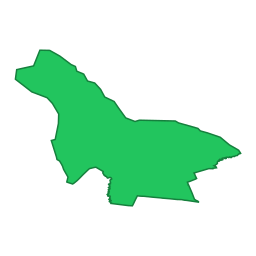 Lodes pag., Rujienas, Latvia (Equal Earth projection)
{"feature_id": "27541924B78787433075156", "entity_name": "Lodes pag.", "entity_type": "district", "adm_level": 2, "iso_a3": "LVA", "parent_name": "Latvia", "parent_adm1": "Rujienas", "projection": "equal_earth", "projection_center": [25.378, 58.024], "detail": "fine", "context": "isolated", "style": "filled", "palette": "green", "viewbox_px": 256, "rotation_deg": 0, "n_neighbors": 0, "source": "geoboundaries", "source_scale": "gbopen_adm2", "svg_char_len": 4930}
<svg xmlns="http://www.w3.org/2000/svg" viewBox="0 0 256 256"><path d="M72.6,184.0L73.7,183.4L73.8,183.3L76.9,180.8L77.3,180.4L78.7,179.1L83.2,174.5L88.1,169.8L89.5,168.6L94.1,167.5L95.9,167.2L100.5,169.9L103.2,171.5L103.1,172.1L102.8,172.7L102.8,172.9L103.3,173.8L103.7,174.3L103.8,174.4L103.9,174.6L103.8,174.8L104.0,175.1L104.3,175.3L104.8,175.4L104.9,175.5L105.0,175.7L105.0,175.8L105.1,176.1L105.3,176.2L105.4,176.3L106.0,176.4L106.3,176.5L106.5,176.6L106.7,176.8L106.8,177.0L107.1,177.7L107.4,177.9L107.6,178.0L107.9,178.1L108.3,177.9L108.8,177.7L109.4,177.5L110.1,177.4L110.3,177.4L111.0,177.7L111.2,177.9L111.2,178.0L111.3,178.1L111.3,178.3L111.2,178.5L111.4,178.8L111.7,178.9L111.7,179.1L111.6,179.3L111.4,179.4L110.5,179.7L110.3,179.9L110.1,180.1L110.1,180.4L110.0,180.5L110.1,180.9L110.2,181.1L110.3,181.8L110.6,182.3L110.5,182.6L110.3,182.9L110.1,183.1L110.4,183.6L110.5,183.7L110.5,183.8L110.4,183.9L109.6,184.0L108.9,184.0L108.6,184.2L108.6,184.3L108.6,184.6L108.8,184.8L109.2,185.0L109.5,185.3L109.6,185.5L109.8,185.8L109.7,185.8L109.6,186.3L109.5,186.6L109.4,186.8L109.0,187.2L108.5,187.4L108.4,187.5L108.5,187.7L108.7,187.8L108.9,187.7L109.3,187.6L109.5,187.5L109.8,187.6L109.8,188.3L110.0,188.6L109.8,189.0L109.7,189.2L109.5,189.3L109.3,189.3L109.0,189.4L108.6,189.5L108.3,189.7L108.3,189.8L108.6,190.3L108.6,190.6L108.6,190.8L109.2,191.1L109.3,191.2L109.3,191.3L109.2,191.4L108.8,191.5L108.4,191.6L108.3,191.8L108.2,191.9L108.3,192.0L108.6,192.2L108.8,192.3L108.7,192.4L108.2,192.5L108.2,192.8L108.7,193.2L108.8,193.3L108.7,193.5L108.2,193.5L107.9,193.8L108.1,194.1L108.2,194.3L107.8,194.5L107.4,194.4L107.2,194.5L107.3,194.7L107.9,195.3L108.2,195.5L108.3,195.6L108.2,195.7L107.8,195.9L107.8,196.0L108.4,196.2L108.5,196.1L109.5,196.0L109.9,196.0L110.1,196.1L110.2,196.3L110.2,196.7L110.1,196.8L110.0,197.0L109.9,197.3L109.9,197.5L110.0,197.6L109.9,197.8L109.6,198.0L109.5,198.3L109.7,198.5L110.0,198.6L110.2,198.8L110.0,199.0L109.8,199.0L109.6,199.0L109.3,199.1L109.2,199.3L109.0,199.5L109.4,199.8L109.9,199.8L110.3,199.9L110.5,200.0L110.9,200.4L111.1,200.6L110.9,200.8L110.7,200.9L110.4,200.9L110.2,200.9L109.6,201.1L109.4,201.3L109.3,201.5L109.5,201.8L109.8,201.8L110.1,201.7L110.3,201.5L110.5,201.5L110.7,202.0L110.8,202.2L110.8,202.3L110.8,202.5L110.6,202.7L110.6,202.8L110.8,203.0L111.4,203.0L111.6,203.1L111.6,203.4L111.5,203.5L128.3,205.6L132.4,205.8L133.4,203.9L135.1,200.3L136.3,197.9L137.4,195.8L138.8,196.0L141.2,196.2L144.4,196.3L147.0,196.6L148.4,196.7L149.9,196.9L152.9,197.2L161.0,197.9L162.1,198.1L169.4,198.7L172.3,199.0L177.2,199.5L181.6,199.6L184.5,200.2L186.8,200.4L198.9,202.2L199.0,202.2L198.8,202.1L198.0,201.3L197.8,201.1L197.5,201.0L196.0,200.3L195.6,200.1L195.1,199.7L194.9,199.5L194.5,199.4L192.2,193.4L188.5,184.8L188.4,184.7L188.2,184.7L188.3,184.5L187.4,182.2L188.3,181.9L188.6,181.7L189.5,181.5L195.3,179.2L196.6,178.5L195.8,176.8L195.7,176.9L195.4,176.1L194.6,174.0L194.0,173.0L208.8,168.6L212.9,168.7L212.9,168.3L216.5,167.8L216.1,166.9L214.1,165.7L214.4,165.6L214.6,165.9L214.8,165.9L215.1,165.8L215.1,165.7L215.2,165.3L215.4,165.1L215.5,164.9L216.1,164.5L216.7,164.2L216.8,163.8L216.9,163.7L217.2,163.6L217.4,163.5L217.4,163.4L217.3,162.8L217.4,162.1L217.4,161.9L217.5,161.6L217.7,161.3L217.8,161.3L218.7,161.3L219.0,161.3L219.1,161.2L218.8,161.1L218.8,160.9L219.0,160.8L219.3,160.7L219.2,160.6L219.0,160.4L218.9,160.3L219.4,159.5L219.5,159.4L220.0,159.2L220.4,159.3L220.5,159.4L220.4,159.9L220.4,160.0L220.5,160.1L221.1,160.2L222.2,159.9L222.6,159.8L222.8,159.7L222.9,159.4L222.2,159.0L222.1,158.9L221.9,158.8L221.9,158.7L222.0,158.4L222.4,158.2L223.6,158.1L224.1,157.9L224.3,158.0L224.5,158.1L224.6,158.3L224.8,158.5L225.2,158.6L225.4,158.6L225.6,158.6L225.9,158.5L226.2,158.4L226.2,158.1L225.4,157.6L225.9,157.4L226.7,157.3L227.1,157.2L227.4,157.2L227.7,157.2L228.7,157.6L228.8,157.6L229.1,157.5L229.4,156.9L229.6,156.8L229.8,156.8L230.6,157.5L230.8,157.6L231.0,157.6L231.4,157.5L231.5,157.4L231.6,157.1L231.7,156.9L231.8,156.8L232.0,156.7L233.0,156.5L233.5,156.4L233.8,156.3L234.2,156.5L234.5,156.5L235.4,155.8L235.6,155.7L235.9,155.6L236.7,155.6L237.3,155.5L237.5,155.4L237.9,154.7L238.1,154.4L238.9,154.1L239.0,154.0L238.9,153.9L239.0,153.8L239.2,153.6L239.3,153.6L239.5,153.6L239.9,153.7L240.0,153.7L240.4,153.5L240.4,153.4L240.2,153.4L240.6,153.3L240.4,152.9L238.6,150.2L229.4,144.9L220.3,137.3L207.5,132.9L200.3,130.9L197.9,128.4L178.5,122.9L175.3,121.0L139.4,120.2L135.0,121.5L125.7,117.9L118.4,107.8L114.1,101.5L104.7,97.0L100.6,89.4L94.7,83.0L87.5,81.0L83.7,74.1L76.8,71.2L75.4,66.5L71.0,64.5L60.0,56.2L49.7,50.4L39.9,50.2L33.6,65.9L16.7,69.6L15.4,79.2L31.8,91.9L47.1,97.7L52.4,103.4L58.7,114.0L58.4,123.6L55.2,139.5L51.3,140.5L56.4,156.8L57.0,159.5L59.6,161.0L61.8,164.7L61.9,165.0L62.5,166.1L63.6,169.4L66.0,173.6L68.0,177.1L67.9,177.5L67.6,178.6L67.3,180.0L67.1,180.6L66.8,182.0L67.1,182.2L72.6,184.0Z" fill="#22c55e" stroke="#15803d" stroke-width="1.5"/></svg>